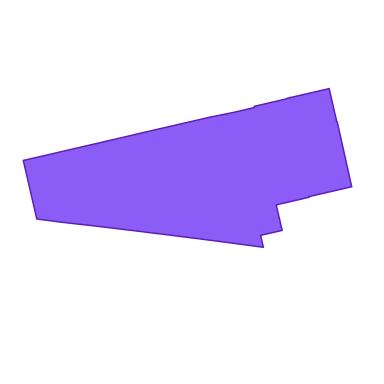 the district of Pima, Arizona, United States of America, rotated 347°
{"feature_id": "52423323B72402136661240", "entity_name": "Pima", "entity_type": "district", "adm_level": 2, "iso_a3": "USA", "parent_name": "United States of America", "parent_adm1": "Arizona", "projection": "mercator", "projection_center": [-111.635, 31.97], "detail": "fine", "context": "isolated", "style": "filled", "palette": "violet", "viewbox_px": 384, "rotation_deg": 347, "n_neighbors": 0, "source": "geoboundaries", "source_scale": "gbopen_adm2", "svg_char_len": 597}
<svg xmlns="http://www.w3.org/2000/svg" viewBox="0 0 384 384"><g transform="rotate(347 192 192)"><path d="M34.7,123.3L34.7,183.4L47.4,188.1L57.4,191.9L85.6,201.8L136.6,220.2L139.1,221.2L140.3,221.6L153.3,226.3L182.3,237.0L221.2,251.4L228.0,254.0L249.1,261.9L249.1,249.7L271.2,249.7L271.2,223.5L282.8,223.5L304.8,223.4L304.8,222.8L348.8,222.8L349.3,156.2L348.9,155.7L348.9,133.3L348.9,122.1L328.8,122.1L312.4,122.1L306.0,122.1L304.5,122.5L271.9,122.5L271.9,123.7L250.8,123.8L227.0,123.1L202.7,123.1L157.9,123.1L125.9,123.2L34.7,123.3Z" fill="#8b5cf6" stroke="#5b21b6" stroke-width="1.5"/></g></svg>